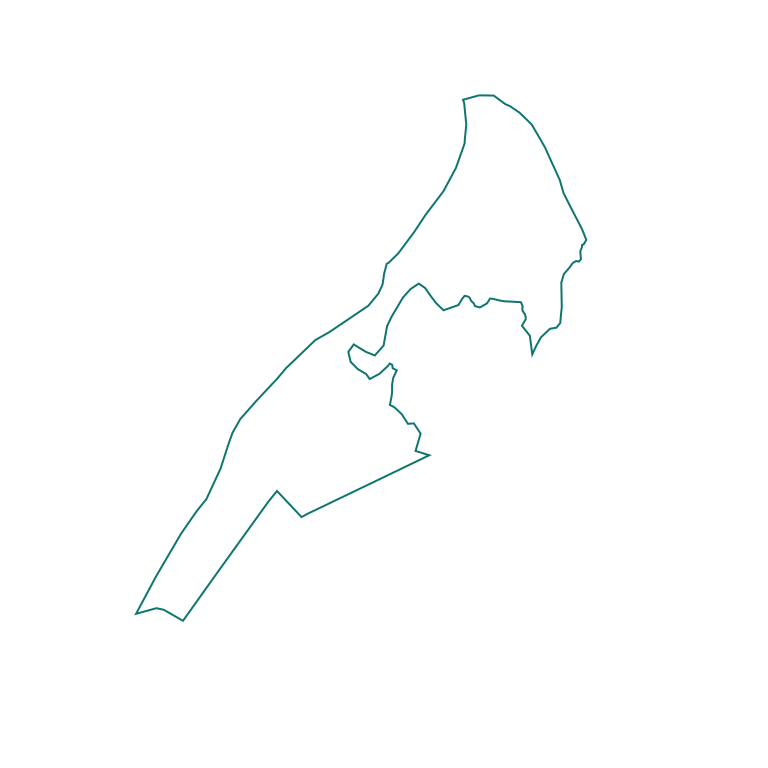 the district of Takum, Taraba, Nigeria, rotated 23°
{"feature_id": "59680162B27926848768432", "entity_name": "Takum", "entity_type": "district", "adm_level": 2, "iso_a3": "NGA", "parent_name": "Nigeria", "parent_adm1": "Taraba", "projection": "equal_earth", "projection_center": [9.974, 7.054], "detail": "fine", "context": "isolated", "style": "outline", "palette": "teal", "viewbox_px": 768, "rotation_deg": 23, "n_neighbors": 0, "source": "geoboundaries", "source_scale": "gbopen_adm2", "svg_char_len": 2386}
<svg xmlns="http://www.w3.org/2000/svg" viewBox="0 0 768 768"><g transform="rotate(23 384 384)"><path d="M345.7,91.5L348.1,94.2L358.5,113.3L362.4,126.0L363.9,130.2L364.2,131.2L365.8,156.9L363.4,183.3L356.2,211.9L352.3,232.8L346.1,258.1L345.1,260.5L340.9,270.6L339.5,272.2L340.4,278.1L341.0,282.4L342.3,287.2L343.8,293.0L343.5,302.9L339.1,317.9L338.8,318.4L313.4,357.6L303.6,370.4L296.5,387.0L288.1,406.6L287.7,407.5L283.4,421.4L280.5,429.2L273.0,449.7L265.4,472.4L263.6,488.2L264.4,501.1L266.1,520.1L266.6,525.6L265.5,559.4L261.4,573.7L259.4,583.1L257.8,590.9L255.7,600.9L250.2,643.7L249.1,652.3L248.7,657.6L246.2,685.4L245.6,692.4L262.1,679.3L269.4,677.9L291.5,680.5L300.6,639.3L300.9,637.9L306.1,614.6L323.5,537.6L327.3,524.3L360.1,538.7L364.3,533.4L424.7,464.7L434.0,454.1L451.1,434.6L453.5,431.9L439.2,433.3L437.1,415.4L426.9,408.6L421.6,411.3L412.0,404.8L402.4,401.3L397.6,401.0L395.9,392.9L394.8,388.8L391.6,381.1L390.1,374.7L390.4,366.4L385.9,366.1L384.1,363.2L381.3,362.9L380.4,366.2L375.9,376.3L368.9,385.0L363.7,381.8L354.0,380.5L344.7,376.7L338.6,368.4L340.7,359.4L354.9,361.5L364.4,361.3L368.6,348.7L364.2,329.5L364.7,319.0L367.7,296.8L371.4,286.1L376.8,278.0L384.4,279.6L391.2,283.9L400.2,289.1L407.4,291.9L410.0,292.9L415.2,288.1L421.7,282.2L422.7,274.9L423.7,271.4L426.6,270.7L429.0,271.0L430.7,272.5L431.5,273.3L435.3,274.8L437.2,276.7L442.3,276.1L447.3,269.6L448.2,264.0L450.2,263.2L453.1,262.7L457.9,261.9L462.4,260.9L466.0,259.5L473.0,257.0L478.1,255.2L481.6,258.7L481.6,260.3L482.3,261.3L483.1,262.7L484.0,263.0L485.5,264.3L486.3,264.5L486.9,265.1L487.4,266.1L488.1,266.7L488.7,267.8L489.1,269.0L488.7,272.5L488.2,276.4L488.3,276.5L499.4,282.6L508.9,298.8L509.2,289.5L510.2,279.8L515.2,268.3L520.7,264.8L522.4,259.0L521.4,255.9L520.1,251.9L517.5,243.5L516.1,240.4L515.1,238.2L507.6,221.4L506.6,212.5L509.2,204.6L510.5,198.8L512.8,195.7L515.5,195.3L516.5,192.2L515.1,189.5L512.8,185.1L512.8,180.7L512.0,178.5L513.2,177.6L513.9,172.3L505.7,164.0L504.1,162.7L486.0,147.7L474.7,138.1L470.2,132.6L466.0,127.4L464.8,126.4L458.9,120.9L454.0,116.4L452.7,115.3L446.8,109.8L439.6,103.2L434.3,99.2L428.5,94.8L424.0,91.5L418.7,87.5L412.1,84.9L402.8,81.3L398.4,80.4L394.8,79.7L394.0,79.5L391.6,79.0L386.5,79.0L383.5,78.3L380.6,77.6L375.9,76.5L372.3,75.6L370.6,76.3L366.5,78.0L363.7,79.1L358.5,81.3L352.0,86.5L345.7,91.5Z" fill="none" stroke="#0f766e" stroke-width="2"/></g></svg>